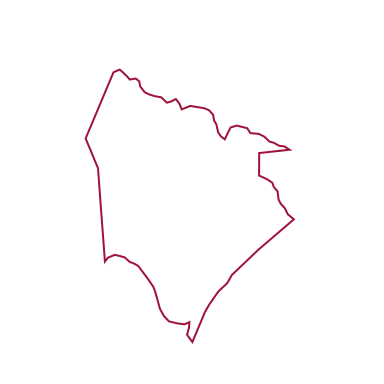 the district of Ouro Branco, Rio Grande do Norte, Brazil, rotated 339°
{"feature_id": "56859067B23981894963021", "entity_name": "Ouro Branco", "entity_type": "district", "adm_level": 2, "iso_a3": "BRA", "parent_name": "Brazil", "parent_adm1": "Rio Grande do Norte", "projection": "natural_earth1", "projection_center": [-36.907, -6.684], "detail": "fine", "context": "isolated", "style": "outline", "palette": "rose", "viewbox_px": 384, "rotation_deg": 339, "n_neighbors": 0, "source": "geoboundaries", "source_scale": "gbopen_adm2", "svg_char_len": 1120}
<svg xmlns="http://www.w3.org/2000/svg" viewBox="0 0 384 384"><g transform="rotate(339 192 192)"><path d="M85.8,225.7L90.1,223.2L97.4,223.0L102.0,226.1L105.7,228.9L108.7,234.8L112.3,238.1L115.3,241.8L119.8,257.7L121.9,266.6L121.9,272.1L120.2,289.7L121.4,297.8L124.1,304.5L131.1,309.3L137.4,312.8L142.9,312.6L140.6,317.6L136.2,323.5L138.6,332.2L161.1,308.7L167.7,303.3L181.0,294.3L192.2,289.7L199.6,283.7L225.3,273.0L232.6,269.9L277.3,254.0L273.5,247.2L272.8,240.2L270.7,235.0L270.1,230.2L272.1,222.0L270.1,216.4L270.3,212.1L266.5,206.8L260.5,200.7L268.7,179.7L298.2,187.5L294.5,182.5L290.2,180.3L285.8,175.2L282.4,172.7L279.4,166.3L275.1,161.6L267.6,158.0L266.4,152.2L257.5,146.0L251.1,145.6L244.9,151.3L241.5,154.6L238.8,150.1L237.8,145.5L239.0,137.6L238.2,133.3L239.4,127.5L237.0,121.5L233.5,118.2L221.2,111.0L212.0,111.2L211.9,104.8L210.2,99.4L205.2,100.0L200.5,99.6L197.3,92.6L192.0,89.5L187.0,85.6L183.5,81.7L181.5,75.0L182.4,69.7L180.1,65.9L174.2,64.7L172.9,61.0L170.1,55.0L168.4,51.8L161.6,52.1L111.9,103.9L112.6,130.1L112.8,136.0L100.3,177.4L85.8,225.7Z" fill="none" stroke="#9f1239" stroke-width="2"/></g></svg>